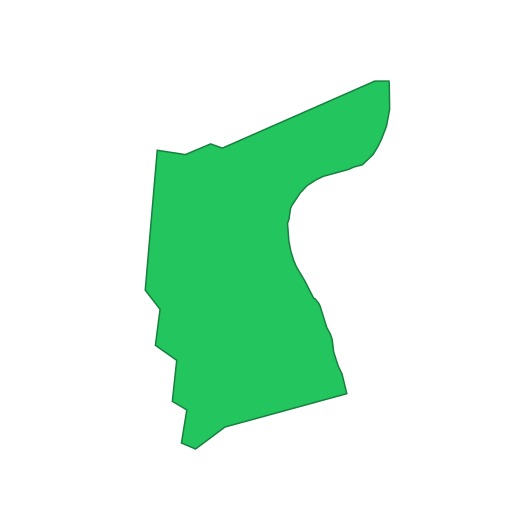 Carroll, Kentucky, United States of America, rotated 104°
{"feature_id": "52423323B55040990829980", "entity_name": "Carroll", "entity_type": "district", "adm_level": 2, "iso_a3": "USA", "parent_name": "United States of America", "parent_adm1": "Kentucky", "projection": "equal_earth", "projection_center": [-85.147, 38.671], "detail": "fine", "context": "isolated", "style": "filled", "palette": "green", "viewbox_px": 512, "rotation_deg": 104, "n_neighbors": 0, "source": "geoboundaries", "source_scale": "gbopen_adm2", "svg_char_len": 778}
<svg xmlns="http://www.w3.org/2000/svg" viewBox="0 0 512 512"><g transform="rotate(104 256 256)"><path d="M316.0,355.2L330.9,336.2L367.0,332.0L376.4,307.7L417.3,302.0L422.1,285.9L455.5,283.1L457.9,268.0L429.4,244.7L367.6,134.6L350.0,143.8L342.9,149.6L330.4,157.4L318.6,161.9L314.1,164.7L308.2,170.1L289.2,181.6L286.8,183.6L283.1,188.5L283.2,189.7L268.6,202.4L256.7,214.2L251.0,218.5L242.7,223.5L233.3,227.8L216.7,233.3L212.1,232.9L201.8,234.0L198.5,233.5L187.3,229.5L184.3,228.5L175.4,223.5L167.5,216.1L162.5,210.1L149.7,187.4L145.9,182.4L141.8,174.9L129.3,167.0L120.4,164.2L112.4,162.5L98.5,160.8L81.4,161.8L56.4,168.4L54.1,169.3L57.5,183.0L159.5,314.8L158.2,327.1L174.7,349.1L177.3,377.4L221.0,370.4L316.0,355.2Z" fill="#22c55e" stroke="#15803d" stroke-width="1.5"/></g></svg>